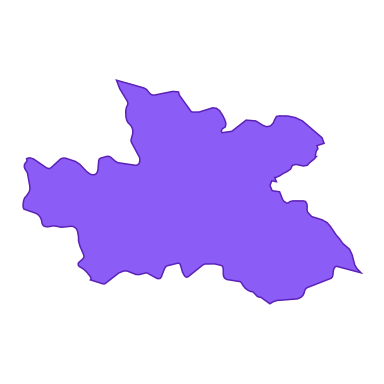 Královéhradecký, Natural Earth projection
{"feature_id": "CZE-1598", "entity_name": "Královéhradecký", "entity_type": "Region", "adm_level": 1, "iso_a3": "CZE", "parent_name": "Czechia", "parent_adm1": "", "projection": "natural_earth1", "projection_center": [15.778, 50.402], "detail": "fine", "context": "isolated", "style": "filled", "palette": "violet", "viewbox_px": 384, "rotation_deg": 0, "n_neighbors": 0, "source": "natural_earth", "source_scale": "10m", "svg_char_len": 3414}
<svg xmlns="http://www.w3.org/2000/svg" viewBox="0 0 384 384"><path d="M116.5,80.2L144.0,88.0L146.6,89.5L149.6,93.2L151.3,94.6L153.7,95.2L172.8,91.4L178.5,91.9L179.0,93.9L179.7,95.7L191.3,111.7L192.8,112.1L199.2,112.0L212.7,107.8L216.5,108.3L219.6,110.7L222.6,115.3L224.6,119.3L225.9,123.3L225.4,126.8L222.1,129.0L221.6,130.0L221.4,130.9L221.6,131.9L222.1,132.7L231.8,131.3L246.1,120.1L255.7,120.9L263.0,125.4L266.5,126.7L270.4,126.0L273.2,123.1L274.8,119.4L276.5,116.4L279.5,115.9L287.8,116.0L295.3,117.6L302.4,120.9L322.0,137.7L324.1,143.3L316.9,145.7L317.8,148.0L317.8,148.9L317.1,149.8L316.1,151.5L315.8,152.9L315.5,155.2L315.5,156.9L316.1,156.8L314.2,159.0L309.5,162.8L307.3,165.3L303.4,166.0L296.0,164.4L292.4,165.3L290.6,169.1L287.2,171.5L283.1,173.5L279.6,175.9L278.3,176.3L276.2,177.4L274.8,177.5L276.0,180.8L276.4,181.7L271.8,180.8L270.0,185.5L272.2,190.7L279.6,191.8L282.6,199.4L283.7,201.1L286.7,203.1L288.4,202.8L290.0,201.6L292.7,200.9L303.2,200.9L305.4,201.4L307.0,204.2L307.2,206.9L307.0,209.6L307.6,212.1L311.7,216.6L321.9,219.7L327.1,222.6L330.4,226.4L336.3,235.2L339.6,238.9L342.5,243.2L349.5,249.2L352.1,254.7L354.7,264.8L356.9,268.5L361.0,272.8L336.5,266.3L335.3,266.8L334.4,267.9L333.7,269.3L333.3,271.0L332.9,275.0L332.4,276.9L331.1,278.3L307.3,287.6L306.0,288.5L305.0,289.8L303.9,293.5L303.1,295.1L301.9,296.5L300.6,297.5L297.4,298.9L276.8,300.5L273.3,301.7L269.9,303.8L261.0,297.4L258.3,296.9L257.2,296.3L253.6,292.5L252.7,291.8L250.7,291.5L248.0,290.3L245.3,288.3L243.0,285.5L241.3,282.5L239.9,281.6L226.7,279.5L224.8,278.3L223.8,276.8L223.3,274.9L223.2,268.9L223.0,267.3L222.3,266.2L221.0,265.4L214.7,263.9L205.0,264.0L202.9,264.9L188.2,276.7L186.9,277.2L185.9,277.0L185.0,276.3L184.1,275.2L182.5,272.1L180.3,264.5L179.5,263.6L178.2,263.1L166.8,265.9L165.3,267.3L164.3,269.2L161.2,277.2L160.1,278.4L158.6,278.7L156.9,278.4L147.5,273.2L146.3,272.8L139.2,274.6L135.9,274.5L126.9,270.9L123.4,271.1L118.9,272.9L104.9,283.8L103.1,283.9L90.4,279.9L91.1,279.1L90.9,277.9L90.0,276.1L87.0,272.4L84.8,270.2L83.0,268.7L79.4,266.6L78.7,265.9L78.2,265.0L78.2,263.5L78.6,262.6L82.3,259.4L83.3,258.2L83.6,257.7L83.9,257.0L84.0,256.3L83.6,254.6L80.0,246.3L79.1,243.1L78.5,240.7L78.5,236.7L77.6,231.7L77.0,230.0L75.9,228.3L74.1,226.9L72.5,226.4L70.8,226.3L61.4,227.3L55.1,226.0L53.0,225.9L48.8,226.7L47.1,226.8L45.5,226.6L44.1,226.2L42.9,225.1L42.1,223.5L41.5,220.2L40.6,217.8L38.7,215.2L37.3,214.1L35.8,213.3L24.5,209.3L23.8,209.0L23.4,207.9L23.0,205.9L23.4,201.6L24.1,199.2L24.7,197.8L26.7,195.6L28.7,192.6L29.5,191.0L29.9,188.6L29.7,185.7L27.6,173.8L27.2,172.5L26.4,171.2L24.9,168.8L24.3,167.1L24.4,164.8L25.2,163.2L25.4,163.1L26.1,162.2L26.9,161.1L26.9,160.0L26.5,158.9L27.0,158.5L27.7,158.2L28.7,157.9L30.0,157.9L33.6,159.0L46.3,167.7L47.9,168.4L49.3,168.5L50.7,168.0L60.6,158.9L62.9,158.1L65.3,158.1L75.4,161.4L79.8,164.3L86.8,171.7L90.2,174.1L91.9,174.7L93.5,174.8L95.0,174.5L96.4,173.5L97.3,172.0L97.9,169.9L98.7,160.5L99.4,158.9L100.7,158.1L106.6,156.4L108.0,156.3L109.3,156.5L110.6,157.1L115.4,161.3L118.0,162.7L135.6,165.3L137.3,165.0L138.6,164.1L139.5,162.5L139.8,160.5L139.8,158.7L139.3,157.0L131.4,142.3L131.1,141.1L131.0,140.0L132.7,133.7L132.8,131.9L132.7,130.1L132.3,128.4L131.6,126.8L130.6,125.3L127.7,122.3L126.7,120.1L126.0,117.4L125.7,111.7L126.0,109.1L126.6,106.8L127.5,105.2L127.9,103.5L127.3,101.2L119.7,88.7L116.5,80.2Z" fill="#8b5cf6" stroke="#5b21b6" stroke-width="1.5"/></svg>